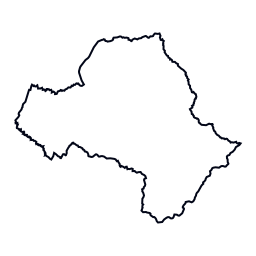 outline of Baraya, Huila, Colombia
{"feature_id": "7082276B91973001860083", "entity_name": "Baraya", "entity_type": "district", "adm_level": 2, "iso_a3": "COL", "parent_name": "Colombia", "parent_adm1": "Huila", "projection": "mercator", "projection_center": [-75.008, 3.124], "detail": "fine", "context": "isolated", "style": "outline", "palette": "ink", "viewbox_px": 256, "rotation_deg": 0, "n_neighbors": 0, "source": "geoboundaries", "source_scale": "gbopen_adm2", "svg_char_len": 5747}
<svg xmlns="http://www.w3.org/2000/svg" viewBox="0 0 256 256"><path d="M159.5,33.5L157.9,33.9L155.0,33.5L153.8,34.6L153.1,36.0L151.9,36.4L150.4,36.3L148.8,37.8L148.1,37.7L146.1,36.1L145.5,36.0L142.2,37.2L141.3,38.1L138.7,38.5L137.4,39.4L134.7,38.5L132.4,39.7L131.6,41.1L131.2,41.1L130.3,40.2L128.5,39.7L128.6,38.6L128.4,38.1L126.6,37.6L124.7,37.8L123.5,37.3L122.4,37.7L121.3,36.7L120.0,36.4L117.2,37.4L113.6,37.7L113.1,38.6L113.1,39.6L112.2,40.4L110.5,41.1L107.5,41.6L106.8,41.1L105.6,41.0L105.1,40.6L104.7,39.5L103.6,39.2L102.9,39.8L101.9,39.9L98.1,41.5L93.8,47.3L89.2,56.6L88.0,58.1L85.5,60.0L80.5,66.5L80.0,67.6L79.0,71.2L79.1,72.8L81.6,80.4L83.9,84.5L82.1,85.8L81.1,85.9L79.7,85.3L78.3,83.5L77.5,83.8L77.3,83.5L76.4,83.4L74.9,84.9L73.7,84.6L73.0,85.8L71.8,85.7L71.8,86.3L71.1,86.6L70.5,87.5L68.4,87.4L66.8,88.9L65.4,89.4L64.4,90.7L63.0,90.4L62.0,90.9L61.5,90.2L60.6,90.0L60.3,90.7L57.9,91.4L56.7,93.9L55.3,94.1L55.1,94.1L55.2,93.6L54.9,92.7L53.6,91.6L51.8,92.5L51.9,91.4L51.2,89.8L49.7,90.2L49.1,89.4L47.8,89.5L47.7,89.0L46.8,89.0L46.1,90.5L45.4,91.0L44.7,89.6L42.7,89.9L42.7,88.8L42.1,88.4L42.0,87.8L40.1,88.6L39.7,88.4L38.1,88.6L37.3,85.3L36.7,85.7L36.6,86.2L35.5,86.5L34.3,86.1L34.0,85.4L33.4,85.4L33.2,85.8L32.0,84.7L31.4,85.9L30.4,90.0L29.1,89.8L29.0,90.0L25.4,101.8L23.1,104.1L22.5,106.3L22.6,107.0L21.9,108.0L21.5,109.5L19.0,112.6L18.6,114.0L19.3,115.2L19.2,115.5L18.3,117.1L15.4,120.3L16.0,122.0L15.5,122.6L15.6,123.1L16.4,122.6L16.6,123.0L17.3,122.9L17.1,124.6L17.8,124.6L16.8,127.1L16.9,128.1L19.2,129.1L19.1,129.7L19.4,130.0L20.9,129.2L21.0,129.8L20.6,131.0L21.4,131.7L22.9,132.0L23.9,131.6L24.2,132.0L24.1,132.7L23.0,133.9L24.8,134.5L24.7,135.1L25.7,135.3L25.9,134.8L26.9,134.9L26.8,136.0L27.9,137.0L28.5,137.2L29.0,136.5L29.6,136.8L29.6,137.2L29.2,137.0L29.1,137.4L29.8,137.7L30.4,137.4L30.8,137.9L30.7,139.7L31.3,139.4L31.6,140.0L33.1,139.9L33.7,140.8L34.8,140.8L36.3,141.8L36.1,142.9L36.3,143.2L36.0,143.6L36.2,144.1L36.8,143.8L37.8,143.9L38.3,144.4L38.1,144.9L38.7,145.2L39.0,144.7L40.0,144.9L39.9,145.4L40.9,145.7L40.9,146.2L41.4,146.5L43.2,146.2L42.7,147.2L43.1,147.4L43.3,148.6L43.7,148.7L43.4,149.9L44.0,150.2L44.7,152.3L45.0,152.2L45.5,153.1L45.2,153.4L45.3,153.8L44.9,154.1L45.3,155.0L45.1,155.4L45.9,155.2L46.6,156.1L48.5,157.1L49.9,158.7L51.3,159.5L53.3,156.1L54.1,152.9L56.0,154.2L58.0,156.2L60.5,157.2L60.3,157.9L60.7,158.1L61.0,158.1L63.0,154.3L64.0,154.1L65.6,155.3L65.9,155.2L66.7,153.1L66.6,150.8L68.5,147.4L69.4,146.4L69.4,145.8L70.9,144.8L71.9,143.3L72.9,142.7L73.2,142.7L73.3,143.6L74.5,143.6L76.7,145.3L77.8,145.5L78.6,147.0L80.0,147.0L82.3,148.2L82.8,149.4L83.3,149.4L84.3,150.2L84.5,151.0L85.1,151.6L85.6,151.5L87.4,152.4L88.3,154.4L88.3,155.9L89.0,156.4L90.5,156.6L91.1,157.0L92.7,156.8L95.7,154.4L96.1,154.3L97.3,154.8L98.7,156.5L99.8,156.6L101.1,156.1L102.3,156.1L104.1,156.6L106.7,158.5L110.4,158.3L114.4,158.9L115.6,159.4L116.9,161.2L117.9,160.8L118.6,162.5L119.6,163.8L119.6,165.2L120.1,166.5L120.6,166.8L121.0,165.8L123.5,166.9L124.8,167.9L125.9,166.8L126.7,166.7L127.4,169.2L128.5,168.9L129.5,169.1L131.6,168.5L132.7,168.9L132.6,171.1L134.7,171.0L135.5,171.9L136.9,172.7L138.2,172.2L140.6,172.0L141.9,173.9L144.3,175.1L145.4,176.2L146.0,178.2L144.5,178.8L144.0,180.0L145.3,184.4L145.0,185.8L143.8,187.2L143.6,188.5L142.1,189.3L142.4,190.1L142.3,191.4L143.1,192.5L144.0,195.4L143.4,197.2L142.4,198.7L142.2,203.6L143.2,204.5L142.5,205.4L142.3,207.2L142.6,207.6L141.5,210.6L143.1,212.2L146.0,212.0L146.9,212.5L149.7,213.0L150.5,213.7L150.3,214.7L150.9,215.5L153.2,217.1L154.1,217.0L155.1,217.7L156.0,219.0L156.8,221.2L158.0,222.5L162.2,222.0L164.1,219.5L166.6,217.7L168.0,217.1L168.9,217.1L170.9,218.4L172.0,218.4L172.8,218.1L173.6,217.0L174.4,214.5L176.9,214.7L178.3,215.6L179.4,215.6L182.2,213.3L184.0,209.0L183.9,208.4L182.8,207.6L182.8,206.8L183.6,205.3L185.4,203.4L185.7,202.0L189.0,201.3L191.7,202.3L193.3,201.3L194.6,199.1L194.9,197.5L196.0,195.6L196.2,194.2L196.9,192.8L198.2,191.5L201.6,185.4L203.3,183.8L203.0,182.9L203.4,182.0L204.3,181.5L205.5,179.9L205.7,178.8L206.7,177.0L209.8,175.7L210.5,173.6L210.0,171.2L211.3,170.1L212.3,168.2L213.3,167.7L215.5,167.3L219.0,167.7L221.3,166.1L222.9,166.0L225.0,166.7L226.0,166.4L226.7,165.4L228.3,164.0L228.4,163.5L227.7,162.1L227.6,159.3L227.0,158.4L226.9,156.5L227.6,155.6L229.4,155.0L230.5,153.0L232.7,151.8L234.7,149.6L235.9,147.1L239.4,145.0L240.6,143.4L239.1,142.9L238.3,143.4L237.6,143.5L236.6,142.9L236.2,141.8L233.4,142.6L231.8,142.2L230.6,142.6L229.8,141.3L228.5,140.7L227.1,138.9L226.3,138.7L225.0,139.2L224.1,138.5L223.5,138.6L222.8,138.2L221.7,138.4L220.6,137.3L220.2,137.4L218.7,135.6L217.2,134.9L215.7,133.2L215.2,131.6L214.1,130.9L213.1,128.1L213.3,127.5L212.2,125.4L212.7,124.4L212.4,124.0L210.3,124.1L209.1,123.7L206.1,125.2L201.6,124.8L200.2,123.7L199.9,123.1L199.2,122.9L198.7,121.9L198.8,120.3L198.1,119.0L197.3,118.5L196.8,118.7L196.2,118.2L194.7,117.7L194.0,117.2L193.7,116.6L193.8,115.9L193.1,115.2L193.1,114.9L192.8,114.3L191.8,114.0L191.5,111.5L190.3,110.0L189.9,109.1L192.3,107.6L192.5,106.8L192.0,105.8L193.5,104.9L193.4,104.2L194.0,103.2L193.8,102.6L194.5,101.3L194.6,99.7L194.9,99.1L195.9,98.6L195.7,97.9L196.4,96.9L195.8,94.2L195.3,94.1L193.5,92.0L192.9,92.5L191.9,92.2L191.2,89.5L190.1,88.1L190.0,85.7L188.7,84.4L188.5,81.6L187.9,80.5L188.6,79.5L187.2,78.1L187.1,76.7L186.3,76.2L186.3,75.3L185.8,75.2L185.4,74.0L185.9,73.2L185.9,72.7L183.4,70.0L181.2,68.6L177.9,65.7L177.9,64.0L176.3,63.3L174.9,61.9L172.4,61.8L171.9,60.0L171.0,59.3L170.1,59.6L169.8,58.2L168.4,57.6L168.0,55.9L166.9,55.6L164.6,52.2L164.9,50.9L163.5,49.2L163.6,45.9L163.0,45.0L163.4,44.0L163.1,43.6L163.3,42.0L163.8,41.0L162.9,40.4L162.4,39.3L161.3,40.1L160.7,39.9L159.9,37.3L160.5,35.9L159.5,33.5Z" fill="none" stroke="#020617" stroke-width="2"/></svg>